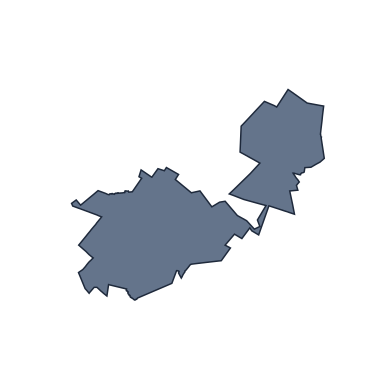 Salinas, San Luis Potosí, Mexico (Mercator projection), rotated 28°
{"feature_id": "50627088B4619703066828", "entity_name": "Salinas", "entity_type": "district", "adm_level": 2, "iso_a3": "MEX", "parent_name": "Mexico", "parent_adm1": "San Luis Potosí", "projection": "mercator", "projection_center": [-101.675, 22.823], "detail": "fine", "context": "isolated", "style": "filled", "palette": "slate", "viewbox_px": 384, "rotation_deg": 28, "n_neighbors": 0, "source": "geoboundaries", "source_scale": "gbopen_adm2", "svg_char_len": 4702}
<svg xmlns="http://www.w3.org/2000/svg" viewBox="0 0 384 384"><g transform="rotate(28 192 192)"><path d="M91.0,258.6L93.3,260.4L118.8,256.9L120.6,256.8L122.2,256.6L123.9,256.4L122.7,262.6L122.4,264.0L122.2,265.9L121.7,268.0L120.7,272.6L120.4,274.5L120.1,275.9L119.6,278.3L119.2,280.6L118.9,282.1L116.9,292.1L123.7,293.7L126.0,294.2L129.2,295.2L130.5,295.6L132.1,295.9L133.4,296.2L135.7,296.6L135.4,297.5L134.9,299.2L134.6,300.4L134.4,300.7L134.1,301.5L133.7,303.2L133.2,305.8L132.9,307.9L132.0,311.7L129.6,316.4L143.0,327.5L143.6,327.7L145.0,328.2L148.7,329.7L148.8,328.9L149.0,328.0L149.2,327.2L149.4,326.3L149.6,325.4L149.8,324.5L149.9,324.2L150.0,323.6L150.4,322.1L152.8,320.8L154.8,321.3L156.6,321.8L157.9,322.2L159.0,322.4L161.5,323.0L163.0,323.3L163.8,323.4L164.5,323.6L164.9,323.7L165.7,323.8L163.1,316.5L161.8,312.9L163.6,312.5L179.6,308.4L179.6,308.6L179.8,308.6L179.8,309.1L179.9,309.4L180.0,309.4L180.1,309.5L180.1,309.4L180.3,309.5L180.5,309.6L180.8,309.7L181.0,309.8L181.4,309.8L181.6,309.9L181.8,310.0L182.0,310.2L182.3,310.1L182.5,310.2L182.5,310.3L182.7,310.5L182.6,310.8L182.7,311.1L182.8,311.2L183.0,311.3L183.1,311.6L183.3,311.8L183.5,311.9L183.9,312.0L184.3,312.1L184.5,312.2L184.8,312.4L185.0,312.3L185.2,312.6L185.3,312.7L185.3,312.8L185.5,312.8L185.7,312.7L185.7,312.8L185.8,312.9L186.0,312.9L186.2,313.0L186.3,313.1L186.5,313.3L186.7,313.5L186.8,313.5L187.0,313.6L187.1,313.8L187.5,313.8L187.6,313.7L187.8,313.8L188.0,313.7L188.2,313.8L188.3,313.7L188.4,313.8L188.5,313.8L188.8,313.9L189.0,313.9L189.4,313.8L189.6,313.8L189.9,313.9L190.3,314.1L190.6,314.1L191.0,314.2L191.5,314.3L192.0,314.3L192.4,314.2L192.5,314.1L192.5,313.9L192.4,313.7L192.5,313.6L192.7,313.4L193.0,313.2L193.3,312.9L193.2,312.7L193.3,312.6L193.4,312.4L193.5,312.4L193.5,312.2L193.5,311.9L193.7,311.7L193.7,311.4L193.7,311.2L217.1,282.1L215.3,268.7L215.5,268.5L215.8,268.7L216.0,268.4L216.3,268.3L216.6,268.3L216.8,268.3L216.9,268.2L217.0,268.2L217.3,268.1L217.5,267.9L217.9,267.8L217.9,267.7L218.1,269.8L222.9,273.0L222.9,272.7L223.0,272.5L223.0,272.3L223.0,271.9L223.0,271.0L222.9,269.8L222.9,268.6L223.0,268.0L223.0,267.5L223.0,267.3L223.1,266.9L223.2,266.3L223.2,265.8L223.0,265.6L223.0,265.3L222.9,265.1L222.9,264.7L223.1,264.5L223.2,264.2L223.4,263.6L223.6,262.5L223.7,262.0L223.8,261.5L223.9,261.0L224.0,260.3L224.1,260.1L224.1,259.8L224.1,259.6L224.2,259.3L224.2,259.2L224.3,258.9L224.3,258.7L224.4,257.9L224.5,257.7L224.5,257.4L224.6,257.2L224.7,256.9L224.8,256.7L225.0,256.5L225.1,256.4L225.1,256.2L228.2,254.0L237.0,247.9L247.9,240.4L249.0,239.7L250.1,238.9L252.2,223.4L246.2,223.4L249.3,209.3L257.9,209.7L259.9,196.5L262.9,198.2L271.0,198.6L266.4,168.1L271.9,167.1L292.9,163.5L287.0,156.2L278.3,145.8L277.8,145.2L284.6,140.7L281.1,137.1L281.5,135.1L282.0,132.8L280.7,132.1L280.0,131.7L279.1,131.3L278.5,131.1L277.5,130.7L276.5,130.2L275.2,129.4L274.3,129.0L273.8,128.7L272.8,128.2L272.6,128.0L272.4,127.9L272.7,127.7L273.5,127.4L274.3,127.3L275.7,127.0L278.3,126.4L278.8,126.3L279.0,126.2L279.6,126.0L279.7,125.9L279.8,125.7L279.5,125.2L279.4,125.1L279.5,124.7L279.9,123.6L280.2,123.4L280.6,123.1L280.8,123.0L281.1,122.6L281.7,121.7L280.2,117.5L285.4,114.3L288.4,109.4L291.0,105.5L293.0,100.2L280.8,83.8L280.5,82.7L279.9,82.7L278.4,80.6L278.2,80.6L278.1,80.2L276.6,76.5L275.0,72.4L273.3,68.0L271.4,63.4L267.9,54.3L264.9,55.3L255.1,58.4L253.8,58.8L251.9,59.4L239.8,57.8L228.7,56.4L226.9,77.2L224.0,77.1L213.4,78.0L209.9,90.9L206.1,105.1L204.5,110.8L211.7,125.8L215.7,134.2L238.4,134.6L234.8,148.4L229.9,163.7L227.0,172.7L225.8,176.2L230.1,175.6L241.1,174.3L257.3,170.7L263.7,169.2L262.9,186.0L268.1,190.6L264.5,195.5L253.7,191.7L243.1,191.5L225.6,184.6L221.7,187.6L221.1,188.1L216.5,195.8L198.5,187.3L191.8,193.0L171.4,188.8L171.9,182.8L157.9,182.4L157.6,186.2L151.0,187.4L149.6,197.8L149.2,197.8L136.7,196.4L138.0,203.4L141.1,203.5L139.2,219.8L136.3,221.8L135.3,221.0L134.6,221.6L133.9,221.8L132.8,222.2L132.4,222.5L132.8,223.5L132.6,223.6L132.8,224.2L132.2,224.5L131.5,225.0L131.3,225.2L131.1,225.4L130.1,226.0L129.8,226.2L129.7,226.2L129.6,226.4L129.3,226.6L129.2,226.6L128.3,227.2L128.0,227.4L127.9,227.2L127.6,227.2L127.1,227.5L126.9,227.6L127.2,227.9L126.6,228.3L126.4,228.1L126.1,228.4L125.9,228.5L125.2,228.9L125.3,229.2L125.0,229.4L124.9,229.4L124.6,229.6L124.3,230.0L124.4,230.5L123.1,230.8L123.1,230.7L122.8,230.7L122.7,230.7L122.6,230.9L122.1,230.9L122.0,231.0L121.7,231.3L121.8,231.4L121.9,231.5L121.5,231.7L121.0,231.9L120.9,231.9L120.5,232.0L120.3,232.3L120.1,233.3L119.8,233.4L119.4,233.5L118.7,233.7L116.4,233.8L108.4,234.9L106.2,240.4L103.8,246.2L101.4,252.1L99.8,255.9L96.0,254.4L95.3,254.1L93.5,253.4L91.0,258.6Z" fill="#64748b" stroke="#1e293b" stroke-width="1.5"/></g></svg>